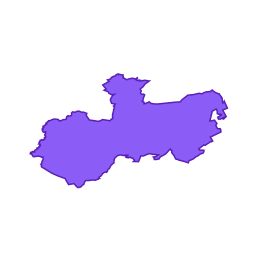 Turlavas pag., Kuldigas, Latvia (Natural Earth projection), rotated 339°
{"feature_id": "27541924B11045526003149", "entity_name": "Turlavas pag.", "entity_type": "district", "adm_level": 2, "iso_a3": "LVA", "parent_name": "Latvia", "parent_adm1": "Kuldigas", "projection": "natural_earth1", "projection_center": [21.723, 56.833], "detail": "fine", "context": "isolated", "style": "filled", "palette": "violet", "viewbox_px": 256, "rotation_deg": 339, "n_neighbors": 0, "source": "geoboundaries", "source_scale": "gbopen_adm2", "svg_char_len": 5700}
<svg xmlns="http://www.w3.org/2000/svg" viewBox="0 0 256 256"><g transform="rotate(339 128 128)"><path d="M221.9,153.2L220.7,152.8L220.6,152.4L223.1,152.6L223.8,152.4L222.8,145.2L227.9,145.1L227.5,137.5L226.7,138.4L225.5,138.8L225.6,137.7L226.6,133.5L226.0,132.9L226.3,132.1L225.5,129.9L225.4,128.7L224.5,128.2L222.5,126.4L221.3,124.8L220.2,122.7L217.7,123.4L213.9,122.3L211.4,122.2L209.5,122.7L206.9,121.1L201.2,120.3L195.6,118.8L188.6,120.9L186.2,122.3L184.6,121.9L181.6,120.9L163.8,116.1L160.5,114.6L158.1,113.1L157.1,111.1L155.2,111.4L151.6,111.2L151.6,110.9L152.2,109.8L152.0,109.3L151.6,108.9L150.9,108.6L150.8,108.0L151.1,107.8L151.7,107.7L153.7,104.9L155.4,103.1L154.8,102.0L153.2,101.5L152.5,101.1L152.2,99.8L153.2,98.7L153.7,97.8L153.2,96.4L153.3,96.1L154.1,95.7L156.8,94.9L159.5,93.1L164.7,91.7L163.8,91.3L161.6,89.9L160.3,89.3L159.8,89.2L159.5,89.3L157.8,88.7L157.1,88.8L156.5,88.4L155.8,88.3L155.5,87.8L156.9,87.7L155.6,87.3L155.1,87.4L154.9,87.1L154.2,87.1L154.1,86.9L153.6,86.9L153.0,86.3L153.1,86.2L153.4,85.8L153.6,85.5L154.4,84.8L154.7,84.8L154.7,84.4L152.3,85.0L151.2,83.8L150.4,83.5L149.6,82.9L148.8,82.9L146.5,82.5L144.1,82.5L143.3,81.3L142.7,81.0L142.1,79.8L141.3,79.3L141.4,78.9L142.1,78.3L142.1,77.3L142.4,76.6L140.8,76.0L138.6,74.3L138.4,74.2L138.2,74.6L137.9,74.0L137.6,73.9L136.1,74.0L135.4,74.4L134.8,74.9L133.1,74.6L132.7,74.8L131.6,74.6L131.0,75.1L130.1,75.2L129.7,75.7L128.6,76.0L126.1,75.7L127.0,77.7L119.8,78.8L121.6,83.8L119.2,84.1L120.0,85.0L121.2,85.8L122.4,87.2L122.7,87.6L122.6,89.0L123.7,89.8L124.3,90.9L127.2,91.7L125.4,92.2L123.1,93.7L121.6,95.3L121.5,99.1L124.7,101.1L123.9,101.7L122.3,102.3L122.9,103.6L122.4,104.0L122.0,104.6L122.0,105.0L121.0,105.9L120.4,107.2L118.3,110.0L118.2,110.8L117.6,111.7L117.2,113.8L115.6,113.7L114.0,114.7L113.7,114.7L107.3,111.0L104.5,111.4L101.8,110.8L100.4,109.8L94.8,106.7L93.5,101.1L94.8,99.6L91.9,97.1L91.0,97.0L89.5,95.9L88.5,94.8L86.2,94.1L84.3,94.4L82.0,93.1L80.7,93.7L80.0,95.7L79.4,96.0L77.8,96.0L76.4,95.0L74.8,95.5L73.5,97.6L73.3,97.7L72.1,97.5L70.4,96.9L68.5,97.2L67.0,96.9L66.0,96.3L66.2,95.4L65.8,94.9L62.2,93.1L60.8,93.1L59.8,92.9L58.3,93.3L56.6,92.8L56.6,93.1L56.3,93.2L54.9,93.4L54.1,93.9L53.2,94.1L53.3,94.4L53.1,94.6L53.6,94.9L53.5,95.2L53.2,95.3L52.2,95.2L52.0,95.5L51.3,95.6L50.9,95.9L49.3,95.9L49.3,96.1L49.7,96.2L49.8,96.6L49.0,96.9L49.3,97.3L48.7,97.9L48.2,98.0L48.5,98.3L48.4,98.5L47.6,98.5L47.7,99.0L47.2,99.3L47.3,99.9L47.2,100.4L47.4,101.3L48.0,101.8L49.3,101.8L49.7,102.0L49.2,102.5L49.5,102.7L49.2,103.1L49.1,103.6L48.6,103.8L47.7,104.6L47.8,105.3L48.1,105.5L48.2,106.0L47.9,106.5L47.9,107.1L46.9,107.5L46.8,107.3L46.9,107.0L46.5,107.1L46.3,107.5L46.6,108.1L46.5,108.3L45.8,108.7L45.3,108.6L44.9,108.8L44.6,108.5L43.6,108.7L43.3,108.3L43.3,108.1L42.2,108.3L42.0,108.0L41.8,108.0L41.1,108.5L40.8,109.2L40.0,109.3L39.7,109.8L39.8,110.0L39.7,110.4L39.7,110.8L39.3,110.9L39.5,111.0L39.3,111.3L39.5,111.7L39.9,111.7L40.2,111.9L40.1,112.3L39.8,112.4L39.9,113.1L39.3,113.2L39.1,113.0L38.9,113.1L39.1,113.4L38.7,113.6L38.1,113.5L37.9,113.7L37.8,114.1L37.5,114.0L37.3,114.2L37.2,114.2L36.6,114.2L36.9,114.5L36.6,115.0L35.9,114.9L35.8,114.6L35.4,114.7L35.2,115.1L33.0,115.5L32.8,115.8L32.6,115.9L32.8,116.0L32.3,116.8L32.0,116.5L31.7,116.7L31.4,116.7L31.1,116.4L31.0,116.1L30.7,116.1L30.4,115.8L30.2,116.0L29.6,116.0L29.4,116.3L29.0,116.2L28.8,115.9L28.6,116.0L28.6,116.3L28.3,116.5L28.9,116.6L28.4,116.8L28.3,116.7L28.3,117.0L28.5,117.0L28.1,117.3L28.5,117.4L28.9,118.9L29.0,119.8L29.4,120.9L34.4,122.2L36.6,123.7L36.8,124.4L38.2,124.6L37.9,126.1L37.2,127.3L35.9,128.2L34.5,130.4L33.6,130.6L33.9,131.5L33.8,132.2L33.3,132.8L33.3,133.1L33.4,133.4L40.7,142.9L45.8,148.0L46.8,148.7L47.9,149.8L51.2,152.6L51.6,155.8L51.9,157.1L52.2,159.5L57.6,160.6L58.0,161.5L58.2,161.9L58.7,163.6L59.8,165.6L60.7,165.9L62.9,166.1L65.4,164.8L66.4,164.9L66.9,164.4L68.0,162.9L69.9,161.9L71.9,162.8L76.9,164.0L78.1,164.9L79.5,165.1L80.6,164.9L81.5,165.2L82.1,165.1L82.5,164.6L83.3,164.8L83.1,164.4L83.4,163.4L85.3,163.2L86.6,162.5L87.7,161.6L88.8,161.3L89.4,161.0L90.5,161.1L91.0,161.0L91.8,161.1L92.0,161.6L93.2,161.2L93.7,160.2L94.6,159.5L96.1,159.2L98.3,157.1L100.8,155.9L102.1,155.7L102.6,155.1L102.6,154.7L103.5,153.1L103.8,152.9L103.7,152.6L104.6,151.6L105.2,151.3L107.5,150.3L108.5,150.0L108.9,150.2L110.6,150.2L111.2,150.3L113.2,151.7L114.6,152.3L116.6,152.7L118.1,153.4L117.8,153.7L117.8,153.8L115.5,154.1L115.7,154.8L118.0,156.1L118.9,155.6L120.1,156.7L120.2,157.1L121.6,157.7L121.9,159.0L122.3,159.7L122.6,160.3L122.1,160.7L121.0,161.2L125.8,163.2L129.9,158.7L131.9,159.5L134.4,159.6L136.6,159.4L138.7,159.7L139.2,159.8L141.6,161.4L146.7,163.9L143.6,164.7L141.3,164.2L141.6,164.8L141.5,165.8L141.3,166.7L141.7,166.7L142.5,167.4L142.9,167.5L146.0,168.0L147.4,166.8L148.1,166.5L152.2,166.0L154.4,165.5L159.6,162.8L159.9,162.8L159.7,163.3L160.4,164.4L160.9,164.7L160.0,166.7L160.3,167.9L161.0,169.6L160.9,169.9L161.1,170.2L161.2,172.4L161.6,174.3L163.2,175.1L163.8,176.1L168.8,179.6L171.8,182.1L173.1,180.6L173.6,180.3L175.3,180.4L178.2,180.2L180.0,179.5L181.8,179.1L183.7,179.0L184.9,178.5L186.3,178.2L188.5,178.4L189.4,178.2L190.0,177.6L190.7,176.7L190.9,176.0L188.2,174.7L187.0,174.5L186.5,172.9L192.6,171.0L193.8,171.8L200.6,170.3L201.1,170.8L202.4,170.6L201.6,166.0L213.4,165.0L213.6,163.7L214.0,162.6L213.8,161.6L213.1,161.5L211.4,160.8L210.9,157.0L212.6,155.7L211.6,151.7L206.9,150.9L212.7,142.5L217.1,141.9L217.4,144.0L216.5,146.6L217.6,147.7L219.2,148.4L219.7,148.3L220.1,149.3L215.6,150.1L215.7,150.6L215.5,151.4L215.7,152.2L216.4,152.3L217.4,152.9L218.4,152.6L218.9,152.6L219.1,152.8L219.3,152.8L220.4,153.9L220.9,153.8L221.3,153.4L221.9,153.2Z" fill="#8b5cf6" stroke="#5b21b6" stroke-width="1.5"/></g></svg>